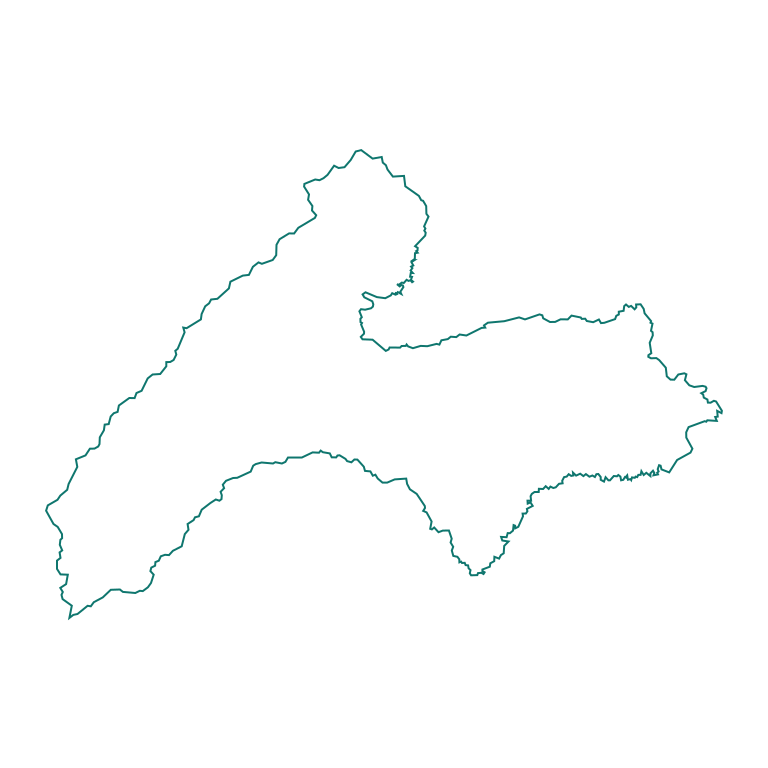 outline of Wang Chin, Phrae, Thailand
{"feature_id": "78962969B75821341388789", "entity_name": "Wang Chin", "entity_type": "district", "adm_level": 2, "iso_a3": "THA", "parent_name": "Thailand", "parent_adm1": "Phrae", "projection": "mercator", "projection_center": [99.714, 17.875], "detail": "fine", "context": "isolated", "style": "outline", "palette": "teal", "viewbox_px": 768, "rotation_deg": 0, "n_neighbors": 0, "source": "geoboundaries", "source_scale": "gbopen_adm2", "svg_char_len": 6088}
<svg xmlns="http://www.w3.org/2000/svg" viewBox="0 0 768 768"><path d="M651.1,321.1L644.6,313.3L643.7,308.9L640.6,304.3L636.1,304.5L636.3,307.4L634.6,309.3L631.1,305.9L628.8,306.9L626.0,304.5L624.2,306.1L623.6,310.8L618.8,311.7L618.8,314.5L616.3,315.8L615.1,319.1L604.3,322.8L601.0,323.1L598.9,319.5L593.2,322.2L586.8,321.0L585.2,318.7L581.7,318.9L580.8,317.5L571.5,315.6L567.8,319.4L560.6,319.3L555.2,321.9L550.0,322.0L543.2,318.3L542.3,315.3L539.5,314.4L525.0,319.4L519.1,317.4L504.3,321.2L487.9,322.7L484.0,325.4L485.2,327.6L481.6,327.9L466.4,335.5L459.6,334.5L456.3,337.1L450.8,336.7L447.8,339.1L441.4,340.3L439.4,344.6L436.6,343.9L427.3,346.2L420.7,345.9L412.9,348.2L408.1,346.4L406.6,344.5L405.8,345.9L401.6,346.0L400.1,347.6L389.6,347.5L388.6,349.5L385.8,350.9L372.6,339.7L362.5,339.3L360.8,336.9L364.0,333.7L364.1,331.7L361.1,324.5L362.0,323.0L360.5,322.1L360.4,318.8L361.8,317.2L359.4,311.3L361.0,309.2L365.1,309.7L371.0,308.3L372.9,306.6L373.3,304.3L372.3,301.3L364.3,297.3L362.6,294.4L365.5,292.3L376.9,297.1L385.3,298.2L390.8,295.4L392.2,293.2L395.5,294.7L396.7,294.2L395.0,292.8L397.0,293.3L397.8,292.1L401.3,294.0L400.3,291.8L403.4,287.1L402.9,285.5L401.3,285.0L399.7,286.4L397.0,284.2L398.8,284.8L401.8,282.6L403.8,283.0L406.6,279.8L408.5,280.9L410.5,280.3L412.1,282.2L413.0,281.6L410.9,279.8L412.0,276.9L410.1,276.7L410.8,272.9L412.8,273.0L410.6,270.5L412.4,268.1L411.1,266.6L413.3,265.5L411.4,262.1L414.5,260.1L413.1,260.1L414.8,258.9L415.0,253.2L417.6,252.7L416.2,251.1L417.5,250.4L417.7,247.9L415.1,246.2L425.2,235.6L425.7,232.7L424.3,230.6L425.4,228.6L424.1,226.4L428.5,216.6L426.4,213.8L426.2,206.1L423.1,200.8L421.2,200.2L418.9,195.9L405.3,186.3L404.0,175.9L392.9,176.6L387.5,169.5L385.9,165.2L382.8,162.6L381.7,157.0L372.6,158.6L361.2,150.1L355.7,151.5L350.7,160.0L344.5,167.2L338.6,168.0L334.1,165.7L327.5,174.9L323.5,178.2L319.5,180.2L315.2,179.5L304.4,183.9L304.1,186.6L309.0,194.4L308.1,199.8L312.4,206.0L312.0,210.5L316.2,215.2L314.9,217.9L298.3,227.8L294.1,233.5L289.1,233.4L279.6,239.2L276.5,244.8L276.2,255.2L272.7,260.0L261.9,263.8L258.5,262.4L252.9,266.8L248.9,274.9L242.8,275.6L230.4,281.7L228.9,288.4L217.4,298.8L211.1,299.5L209.1,303.3L205.2,306.3L201.6,314.1L200.9,319.4L186.6,328.2L183.3,327.6L184.6,332.3L177.7,348.8L175.3,350.8L176.3,354.6L173.6,360.0L170.2,362.0L166.3,362.1L166.3,366.3L160.2,374.0L152.6,374.5L147.7,378.4L141.6,390.8L136.5,393.0L134.6,398.1L129.3,398.0L118.9,405.5L117.6,411.9L113.8,413.2L110.7,416.5L108.7,424.1L104.7,424.6L103.9,430.3L99.8,437.3L99.5,444.1L98.2,446.5L94.5,448.6L89.9,448.7L85.5,455.4L75.9,459.3L77.3,466.9L68.6,484.0L67.2,489.8L60.3,495.6L57.5,499.8L47.8,505.4L46.1,510.7L53.5,524.0L57.7,526.9L62.0,534.1L62.1,538.2L60.4,539.8L59.8,544.8L62.2,550.4L59.6,552.4L60.5,557.9L57.0,560.6L57.0,568.9L60.5,574.4L67.8,574.7L66.1,584.1L60.3,587.9L62.8,592.0L61.5,594.9L62.6,599.1L71.8,605.7L69.4,617.9L73.3,614.9L77.5,614.0L87.6,605.8L90.8,606.3L93.8,602.2L102.8,597.4L110.8,589.8L119.9,589.5L122.9,591.9L135.3,593.0L139.8,590.8L142.8,591.1L147.9,587.3L151.0,583.0L153.7,574.7L150.4,571.1L151.3,567.6L155.1,565.7L155.4,562.1L158.8,560.7L160.8,556.3L165.0,554.8L169.0,555.1L172.9,550.8L181.7,546.3L184.8,534.1L188.5,529.8L187.6,524.0L193.6,520.1L195.0,517.3L198.9,516.3L201.7,509.7L210.4,503.0L215.8,499.5L219.4,500.7L221.5,499.1L221.8,495.2L220.6,491.8L224.1,488.2L222.8,484.7L226.0,480.8L233.1,478.0L237.2,477.8L250.7,471.6L253.2,465.7L255.7,464.1L261.6,462.5L273.0,463.5L275.3,462.2L281.9,463.5L285.4,461.9L288.0,457.5L301.9,457.5L312.6,452.4L319.0,452.7L320.7,450.6L322.8,452.2L329.8,453.4L331.7,457.3L336.2,457.4L337.5,455.5L339.6,455.3L345.5,458.9L347.1,461.1L351.4,462.3L354.4,459.5L357.4,459.6L363.8,466.7L365.0,470.9L370.4,471.4L372.8,475.7L375.4,474.7L377.7,478.5L382.5,482.6L387.2,482.6L394.7,479.4L406.2,478.6L407.1,483.9L409.9,489.3L416.7,493.9L424.8,506.0L425.0,508.0L423.2,510.9L426.6,512.4L431.6,521.5L430.2,528.8L431.9,529.4L434.2,527.5L438.5,532.2L442.8,530.6L448.9,530.5L451.7,538.7L450.6,542.5L453.2,546.8L451.8,550.5L453.3,555.9L457.4,556.8L459.3,559.3L459.4,562.3L461.1,561.6L462.0,563.0L464.7,562.8L465.6,565.1L468.1,565.4L468.6,568.3L470.5,570.1L469.8,573.3L471.1,575.3L477.3,575.1L478.0,573.1L481.4,572.8L483.5,574.0L484.6,572.3L482.4,571.0L482.4,569.5L489.8,566.7L490.3,563.3L494.2,561.2L494.4,556.8L499.1,558.6L500.9,555.1L503.7,553.3L504.2,545.9L508.5,541.5L502.3,540.5L501.1,536.9L506.6,537.2L507.7,533.1L509.9,533.2L513.0,530.6L513.6,525.1L515.1,525.7L515.3,528.3L518.3,526.8L523.0,516.3L522.6,513.6L525.9,513.5L527.4,511.3L526.9,508.9L532.7,505.9L530.5,502.4L527.7,503.6L527.5,500.7L531.1,500.7L530.6,496.2L531.8,493.9L534.5,492.0L538.7,492.0L538.9,488.8L543.1,489.0L545.7,486.2L548.7,488.9L550.4,486.6L553.3,488.0L555.8,487.3L559.0,483.8L562.6,483.3L562.2,480.8L564.1,477.1L566.7,476.6L568.7,474.2L571.2,475.9L573.3,475.5L573.0,472.6L576.1,475.6L580.2,473.7L583.4,476.1L585.9,474.1L589.4,476.7L592.4,475.5L594.9,477.0L596.4,474.2L598.3,474.0L600.7,477.0L600.7,479.8L604.0,481.6L605.6,477.2L608.4,480.3L610.0,480.3L613.8,476.0L617.0,476.3L618.3,475.0L620.4,476.6L621.1,480.3L623.3,479.8L625.0,477.0L626.6,477.8L626.1,476.6L627.2,475.3L627.9,479.7L630.5,479.1L631.2,480.1L632.0,477.4L634.8,477.8L635.6,476.6L637.2,477.1L638.3,474.9L640.6,474.9L641.4,471.2L643.7,475.0L646.3,472.8L650.4,476.1L650.4,473.4L653.0,470.7L654.3,472.9L653.5,475.3L658.0,474.4L657.2,472.7L658.6,471.5L657.7,469.2L659.1,465.2L660.6,465.7L661.5,469.4L669.2,472.4L677.1,460.0L690.5,452.6L692.4,448.7L686.3,437.6L686.2,432.3L688.6,427.1L704.7,421.2L706.3,421.7L707.3,420.3L716.8,420.9L715.2,417.0L717.7,416.6L717.2,410.9L721.5,413.1L721.9,410.8L716.1,401.5L713.9,400.8L710.6,402.7L707.9,402.6L707.4,399.5L703.8,397.6L703.2,394.6L701.3,393.2L705.6,391.1L706.5,388.2L705.6,386.7L702.6,385.9L694.2,387.0L689.3,385.3L684.9,380.2L686.4,374.3L684.3,373.3L678.3,374.5L674.3,379.7L670.5,379.6L666.8,376.3L665.8,367.7L659.2,360.1L656.4,358.1L651.0,358.3L648.3,356.8L648.4,355.2L651.3,353.2L649.7,342.8L652.8,335.4L652.6,332.2L651.0,330.8L652.5,323.6L650.5,322.7L651.1,321.1Z" fill="none" stroke="#0f766e" stroke-width="2"/></svg>